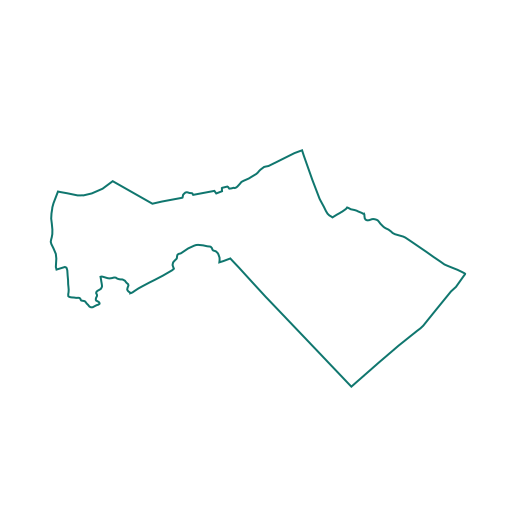 outline of Rach Gia, Kiên Giang, Vietnam, rotated 100°
{"feature_id": "81297802B54016933640468", "entity_name": "Rach Gia", "entity_type": "district", "adm_level": 2, "iso_a3": "VNM", "parent_name": "Vietnam", "parent_adm1": "Kiên Giang", "projection": "natural_earth1", "projection_center": [105.109, 10.025], "detail": "fine", "context": "isolated", "style": "outline", "palette": "teal", "viewbox_px": 512, "rotation_deg": 100, "n_neighbors": 0, "source": "geoboundaries", "source_scale": "gbopen_adm2", "svg_char_len": 4007}
<svg xmlns="http://www.w3.org/2000/svg" viewBox="0 0 512 512"><g transform="rotate(100 256 256)"><path d="M226.9,462.2L239.2,464.6L243.4,465.0L245.0,464.9L249.6,464.8L254.7,464.2L259.6,462.7L265.4,461.1L269.8,460.4L273.0,460.4L275.2,460.6L277.7,460.6L279.8,459.6L283.9,456.6L288.7,453.5L293.2,452.2L301.6,451.2L302.2,450.9L304.0,450.1L300.0,442.3L300.4,440.7L301.7,439.9L303.1,439.3L308.0,438.1L312.4,436.9L316.3,436.1L319.1,435.3L321.8,434.6L324.3,434.3L326.2,434.3L328.1,433.9L328.5,433.3L328.7,432.6L328.8,431.7L328.8,430.7L328.7,429.5L328.5,428.0L328.5,426.6L328.4,425.4L328.0,423.7L328.0,422.5L328.3,422.0L328.6,421.6L329.3,421.2L330.1,420.5L330.2,420.1L330.2,417.2L330.4,416.5L331.3,415.4L332.2,414.5L333.2,413.0L334.7,411.3L335.1,410.1L335.1,409.0L334.8,407.9L333.7,406.5L332.6,405.1L331.9,404.1L331.5,403.1L330.7,402.2L330.2,401.8L329.6,401.9L329.1,402.3L328.6,402.9L328.0,404.5L327.7,405.6L327.1,406.1L326.1,406.3L324.8,406.2L323.3,405.7L322.4,405.7L321.6,406.0L320.5,406.9L319.5,407.0L318.7,406.7L317.8,406.0L316.9,404.9L315.8,403.6L315.0,402.9L314.1,402.7L313.2,402.4L312.4,402.4L311.4,402.7L309.6,403.3L308.0,403.9L306.5,404.4L303.5,405.5L303.1,404.7L303.0,403.6L303.2,401.6L303.5,399.2L303.6,398.0L303.5,396.3L302.8,394.1L301.9,392.2L301.7,391.0L301.7,390.2L302.3,388.9L302.5,387.9L302.6,386.9L302.6,385.6L302.4,384.2L302.3,383.4L302.6,382.3L303.0,381.2L303.1,380.8L304.7,379.1L306.0,377.0L307.2,376.5L309.8,377.0L311.4,377.0L312.3,376.4L313.1,375.4L313.8,373.8L314.3,373.3L314.5,373.3L314.0,372.3L313.2,371.2L311.4,369.4L308.3,366.1L305.5,362.6L300.6,356.3L297.2,351.7L291.6,344.4L284.6,336.1L283.7,335.4L283.3,334.9L282.6,334.7L281.6,335.4L280.5,336.0L279.4,336.6L278.2,336.6L276.7,336.5L275.6,335.9L273.8,334.7L272.6,333.8L272.1,333.6L271.2,333.6L270.0,333.7L268.6,333.6L267.9,333.1L267.5,332.7L267.2,332.2L266.9,331.4L266.5,330.6L265.9,329.9L265.6,329.6L260.3,324.1L256.5,318.6L255.6,316.9L255.1,315.0L254.7,309.9L254.9,305.7L254.7,302.9L254.8,302.2L255.4,301.4L255.9,300.8L257.3,300.0L257.9,299.3L258.1,298.4L258.3,296.5L259.1,295.2L259.8,294.2L260.9,293.3L264.0,291.6L266.6,291.1L268.6,291.0L266.7,287.3L264.2,283.1L263.0,281.0L262.9,280.9L270.4,270.8L282.5,255.1L294.6,239.3L296.4,236.8L334.2,185.4L365.4,143.1L368.1,139.4L362.0,134.5L339.8,116.7L319.5,100.0L307.8,89.7L301.9,84.5L298.7,81.5L295.6,79.2L289.0,75.6L281.6,71.5L277.8,69.4L257.0,57.8L251.7,53.7L245.8,50.9L240.3,48.3L237.7,47.0L237.2,47.0L236.8,47.7L235.9,50.6L234.6,55.2L233.4,61.0L232.4,65.7L231.6,69.0L229.5,73.4L226.9,79.2L226.3,80.6L222.4,88.8L216.2,102.5L213.6,108.3L211.9,112.2L211.3,114.4L210.9,118.3L210.4,123.0L209.6,125.5L208.4,127.3L207.0,130.1L206.2,133.0L205.6,134.6L204.8,136.0L202.6,139.1L200.9,140.9L199.9,142.1L199.5,143.1L199.3,144.2L199.2,145.2L199.2,146.5L199.5,148.0L200.5,149.8L201.1,150.9L201.4,151.9L201.5,152.4L201.5,153.2L201.2,154.3L200.1,155.4L197.7,156.2L196.6,156.4L195.5,157.0L195.7,157.4L195.8,157.8L195.7,158.1L195.2,159.3L194.9,160.7L194.4,163.1L193.9,164.7L193.7,166.2L193.6,167.3L193.5,170.8L193.0,172.2L192.7,173.2L192.5,174.0L192.4,174.7L193.8,175.4L195.0,176.5L196.8,178.3L197.3,178.8L198.1,179.8L199.2,181.0L200.0,182.0L201.3,183.6L204.7,187.4L204.0,188.9L203.5,190.3L203.2,191.0L201.9,192.9L199.5,195.0L195.9,197.6L190.1,202.2L188.5,203.4L171.3,213.7L148.8,226.4L143.9,229.0L148.0,236.0L153.4,243.3L165.2,259.3L166.2,261.9L166.9,263.5L170.1,266.5L171.6,267.6L172.5,268.1L173.7,268.8L175.2,270.0L176.4,271.4L179.0,274.4L180.9,276.5L184.1,281.3L185.6,283.2L187.9,284.5L191.0,286.5L192.2,287.7L192.8,288.8L192.7,289.8L193.7,292.0L194.3,294.0L193.8,294.6L193.0,295.3L192.6,296.3L194.7,301.1L195.0,301.4L196.0,301.2L198.1,300.7L201.3,306.0L199.1,308.3L206.7,328.5L205.6,329.4L205.3,329.9L205.4,331.4L205.5,332.5L205.2,334.4L205.3,335.5L205.8,336.6L207.1,337.6L208.3,338.4L211.2,338.5L211.5,338.9L218.7,358.1L222.5,367.1L207.2,410.1L216.4,418.8L222.9,428.6L226.3,436.5L226.3,436.8L227.3,442.3L227.0,452.9L227.0,459.5L226.9,462.2Z" fill="none" stroke="#0f766e" stroke-width="2"/></g></svg>